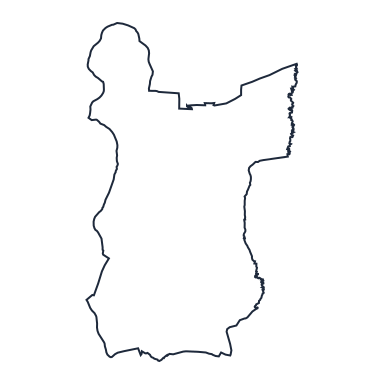 outline of Farcas, Dolj, Romania
{"feature_id": "2599482B69484813321129", "entity_name": "Farcas", "entity_type": "district", "adm_level": 2, "iso_a3": "ROU", "parent_name": "Romania", "parent_adm1": "Dolj", "projection": "robinson", "projection_center": [23.752, 44.619], "detail": "fine", "context": "isolated", "style": "outline", "palette": "slate", "viewbox_px": 384, "rotation_deg": 0, "n_neighbors": 0, "source": "geoboundaries", "source_scale": "gbopen_adm2", "svg_char_len": 5943}
<svg xmlns="http://www.w3.org/2000/svg" viewBox="0 0 384 384"><path d="M173.2,354.3L183.2,351.6L186.0,351.3L198.0,351.8L205.9,352.5L209.1,353.7L211.8,354.1L212.5,354.7L215.6,356.0L218.8,356.4L221.1,352.5L225.5,354.6L230.2,355.5L230.6,354.6L231.4,350.4L230.1,343.9L226.6,331.7L227.2,329.1L229.7,327.2L236.4,325.5L239.8,320.2L244.5,318.5L245.7,318.4L247.4,317.4L252.4,311.5L256.0,309.0L257.5,308.3L257.7,307.8L257.5,307.5L256.2,307.8L255.0,307.3L254.7,306.8L255.0,306.1L256.0,305.2L256.2,304.4L258.9,303.0L259.0,300.9L260.2,299.8L260.4,299.0L261.4,297.8L261.9,295.4L262.5,294.5L262.6,293.5L263.7,292.8L262.6,290.0L263.7,289.8L263.9,289.2L263.3,288.6L263.5,288.2L262.1,287.5L263.4,286.9L262.0,285.6L261.6,284.8L261.7,284.4L263.4,283.5L263.3,282.6L261.6,282.5L261.2,282.3L261.2,281.8L261.5,281.3L263.3,280.5L262.8,279.3L261.4,279.6L261.0,279.5L261.3,279.0L259.5,277.8L258.3,278.3L257.7,277.9L257.5,277.5L255.5,277.4L255.0,276.9L255.1,276.4L256.4,276.2L255.6,275.4L255.8,275.2L257.1,275.0L258.0,274.3L258.0,273.9L257.6,273.8L256.1,273.9L256.0,273.3L256.8,271.7L256.1,271.3L257.0,267.7L256.3,266.6L256.4,263.7L254.4,263.5L255.0,261.3L253.9,261.1L252.4,259.7L251.9,257.5L252.0,256.3L250.1,251.8L249.5,249.9L247.9,247.3L247.3,245.8L245.7,243.5L244.3,239.8L244.8,238.8L243.8,238.3L243.9,237.9L244.7,237.6L244.2,236.1L243.7,235.8L243.7,234.8L244.0,233.7L245.3,231.5L245.4,230.4L245.3,229.4L244.6,227.7L244.7,222.8L244.2,220.0L245.2,219.6L245.1,218.9L244.8,218.7L245.2,217.2L244.8,215.0L244.9,211.2L244.3,206.7L244.7,205.0L244.7,200.8L245.1,198.0L244.6,196.5L246.7,194.1L247.0,191.5L247.9,189.8L249.5,185.8L250.3,184.9L249.9,182.8L250.6,181.2L250.9,179.1L250.9,177.0L250.5,175.2L249.7,173.7L248.7,170.3L249.1,167.9L250.5,166.2L252.7,164.6L255.5,161.9L258.0,162.0L259.7,160.8L263.3,160.1L287.8,156.6L287.4,154.2L288.5,154.0L289.4,154.2L289.7,153.7L289.6,153.2L288.4,152.7L288.3,152.1L289.7,152.2L290.1,151.6L289.2,150.6L288.4,150.6L288.1,150.2L288.9,149.8L289.3,149.1L289.1,148.7L287.3,148.9L288.2,146.5L289.7,146.2L289.5,145.6L289.7,145.0L291.0,144.0L289.4,143.2L289.7,141.8L290.3,141.0L290.3,139.5L290.0,138.2L290.4,137.0L292.1,137.2L292.5,137.0L293.1,135.5L291.6,134.9L291.1,133.8L293.3,132.5L291.2,132.1L293.4,131.4L293.4,130.4L292.2,130.1L292.7,129.3L293.4,129.5L293.6,129.3L293.5,128.3L293.0,127.9L292.4,127.0L292.7,126.6L293.2,126.5L294.0,125.1L293.7,124.7L292.7,125.2L291.7,124.9L291.8,124.5L293.2,124.1L291.9,123.1L292.7,121.3L292.1,120.2L291.3,120.0L291.5,119.1L290.7,118.4L291.2,117.8L291.3,117.1L289.2,117.2L289.7,116.5L289.8,115.6L290.1,115.2L289.5,113.8L289.6,113.3L289.9,113.0L290.4,113.2L290.7,112.8L292.0,112.5L292.2,110.5L291.8,110.0L291.1,110.4L289.8,109.9L288.7,109.1L288.6,108.6L289.4,108.0L289.6,108.9L290.3,108.3L290.5,109.0L291.5,108.7L291.3,107.8L292.3,107.6L292.1,107.1L292.8,106.8L293.3,106.1L292.5,105.6L292.5,104.8L292.1,104.2L293.1,103.1L293.2,102.7L291.0,100.7L290.8,100.0L291.3,99.0L290.0,97.4L288.8,97.4L288.5,97.1L288.3,96.5L288.7,95.4L288.5,94.5L288.9,93.9L289.8,93.6L290.2,93.7L290.2,94.4L290.6,95.0L291.6,94.9L291.1,93.7L292.5,92.5L291.9,91.4L291.9,90.9L292.2,90.7L292.9,91.4L293.1,90.5L293.9,89.8L293.5,89.4L291.6,89.9L291.2,88.7L292.3,88.8L292.9,88.5L293.0,88.0L292.3,87.1L292.3,86.7L293.0,87.0L293.6,86.6L295.3,86.4L295.7,84.5L296.7,82.8L296.8,81.2L295.2,79.7L295.2,79.3L295.9,78.7L295.0,77.9L295.6,77.2L295.0,76.6L295.0,75.9L294.5,75.1L294.7,74.9L296.0,75.2L296.1,74.8L295.4,73.8L296.4,73.7L296.6,73.0L297.5,72.2L296.9,70.7L295.7,71.0L295.3,70.7L296.1,70.2L295.3,69.0L296.7,68.6L296.0,67.4L296.2,66.8L295.9,66.1L296.9,65.4L297.0,64.6L296.7,63.8L282.3,68.8L269.5,75.1L259.9,78.5L252.2,81.8L241.5,85.5L241.1,89.6L241.1,95.1L235.1,98.9L226.3,103.4L214.4,105.5L213.5,105.1L214.2,103.0L211.4,103.3L204.8,103.1L205.2,104.3L205.2,105.3L196.8,105.0L191.3,105.3L188.5,105.6L188.4,106.4L188.2,106.5L187.6,106.4L187.0,105.7L187.0,106.3L188.2,107.3L189.9,107.0L190.8,107.4L191.7,108.2L191.9,109.2L179.2,108.6L179.3,98.8L178.7,93.3L158.6,91.9L156.9,91.1L155.5,90.9L149.1,90.8L148.9,88.5L149.9,84.0L150.1,81.1L151.5,76.6L152.5,74.8L152.9,71.4L149.5,63.8L148.7,61.7L148.4,59.2L149.1,53.3L148.8,50.4L147.7,47.9L145.5,45.5L139.5,41.1L139.3,38.5L138.3,34.0L137.5,32.5L136.1,30.9L135.6,29.5L134.3,28.2L128.1,25.4L122.7,23.7L117.1,23.0L113.3,24.7L112.0,24.8L107.5,26.7L105.5,28.0L103.0,30.5L102.0,32.7L101.3,35.1L101.0,38.4L99.7,40.8L98.1,42.6L93.7,46.2L91.2,50.4L90.6,52.2L89.9,56.0L88.5,59.1L88.5,60.3L87.7,64.5L87.8,66.7L88.8,68.9L90.9,71.1L92.7,72.4L94.1,75.0L95.7,76.6L98.0,78.0L102.1,81.5L103.1,81.8L103.7,84.0L103.9,89.5L103.8,91.1L103.2,92.8L101.5,95.5L99.6,97.5L97.4,99.1L93.3,101.3L92.1,102.6L90.3,106.5L90.5,109.5L90.1,113.1L89.7,115.4L88.5,117.8L91.7,120.1L96.1,119.6L96.8,119.8L99.0,121.7L100.4,123.6L104.2,125.1L106.1,126.8L109.5,129.0L112.2,132.1L113.9,134.7L116.7,141.5L117.4,145.2L117.3,147.8L116.5,150.9L117.1,155.4L116.7,157.8L116.9,161.2L117.9,164.0L117.4,165.6L116.6,166.9L116.9,169.0L116.1,170.3L115.7,171.2L115.7,172.1L114.4,174.5L113.7,179.4L109.0,192.7L105.5,199.8L104.8,202.7L103.9,204.5L103.2,207.0L102.5,207.7L102.2,209.2L100.6,211.1L99.2,212.1L95.1,216.8L94.2,219.0L93.6,221.7L93.7,225.7L94.5,228.3L95.5,230.0L96.7,230.7L98.0,232.3L101.5,238.6L102.6,247.2L102.6,249.8L103.3,250.5L102.8,253.5L103.0,254.2L103.2,254.7L108.9,258.4L104.7,265.3L101.9,271.4L98.2,283.4L93.9,295.3L92.3,295.0L86.5,299.9L87.7,301.8L90.2,307.9L91.9,310.5L94.5,313.1L96.0,315.8L96.4,317.0L97.1,323.6L97.0,327.5L97.5,330.8L98.6,333.8L104.1,342.4L104.6,343.6L104.9,346.3L105.9,349.6L106.4,352.4L107.4,354.6L109.6,356.7L110.9,357.2L112.0,356.9L115.0,354.2L117.7,352.7L123.9,351.2L138.1,348.3L140.7,355.1L141.6,353.9L141.9,351.3L145.2,353.3L146.1,353.4L147.5,352.9L150.0,354.8L150.7,356.2L151.5,357.1L153.4,357.9L154.3,358.7L157.5,359.6L158.0,360.5L159.3,361.0L161.4,359.9L163.2,358.0L163.9,358.1L164.2,357.3L166.4,355.5L166.7,355.3L166.7,355.9L167.0,355.9L169.4,353.9L173.2,354.3Z" fill="none" stroke="#1e293b" stroke-width="2"/></svg>